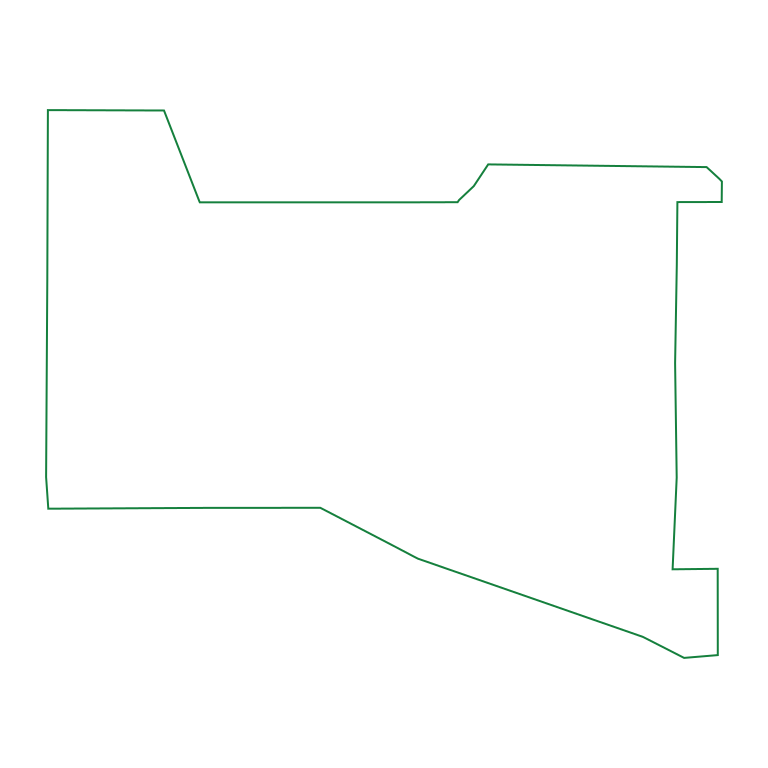 Valencia, New Mexico, United States of America (Natural Earth projection)
{"feature_id": "52423323B5948069523635", "entity_name": "Valencia", "entity_type": "district", "adm_level": 2, "iso_a3": "USA", "parent_name": "United States of America", "parent_adm1": "New Mexico", "projection": "natural_earth1", "projection_center": [-106.706, 34.697], "detail": "fine", "context": "isolated", "style": "outline", "palette": "green", "viewbox_px": 768, "rotation_deg": 0, "n_neighbors": 0, "source": "geoboundaries", "source_scale": "gbopen_adm2", "svg_char_len": 519}
<svg xmlns="http://www.w3.org/2000/svg" viewBox="0 0 768 768"><path d="M721.7,202.0L721.9,181.5L719.4,178.9L706.6,167.1L488.2,164.4L473.8,186.1L459.1,200.0L457.6,202.2L419.8,202.3L199.8,202.3L199.3,201.2L164.0,110.5L47.9,110.1L47.3,279.1L46.1,477.1L48.3,508.7L203.2,507.9L320.3,507.8L392.8,545.5L413.7,556.5L413.9,556.6L418.0,558.7L591.7,619.1L642.9,636.9L684.1,657.9L717.8,655.1L717.7,568.8L672.6,569.3L676.7,477.6L675.1,363.2L676.8,264.9L677.4,202.1L721.7,202.0Z" fill="none" stroke="#15803d" stroke-width="2"/></svg>